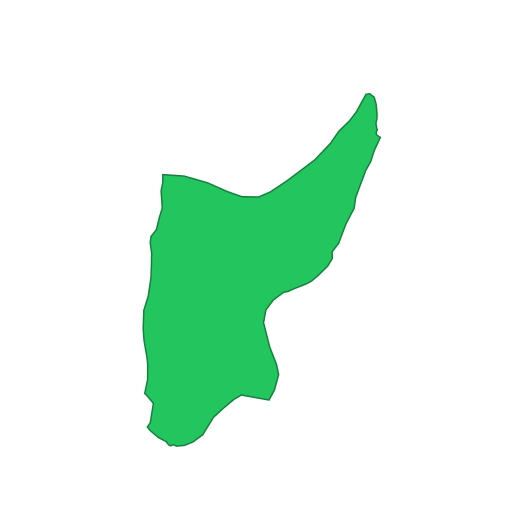 Wukari, Taraba, Nigeria (Robinson projection), rotated 142°
{"feature_id": "59680162B18982121994254", "entity_name": "Wukari", "entity_type": "district", "adm_level": 2, "iso_a3": "NGA", "parent_name": "Nigeria", "parent_adm1": "Taraba", "projection": "robinson", "projection_center": [9.844, 7.955], "detail": "fine", "context": "isolated", "style": "filled", "palette": "green", "viewbox_px": 512, "rotation_deg": 142, "n_neighbors": 0, "source": "geoboundaries", "source_scale": "gbopen_adm2", "svg_char_len": 2511}
<svg xmlns="http://www.w3.org/2000/svg" viewBox="0 0 512 512"><g transform="rotate(142 256 256)"><path d="M428.3,216.2L427.9,214.3L427.6,203.0L442.1,189.6L446.9,188.2L446.9,186.0L446.9,185.0L446.8,183.7L446.6,182.6L446.2,180.5L444.9,174.3L444.8,174.0L444.6,172.8L443.2,169.8L442.5,168.3L442.3,167.9L441.1,165.2L441.1,161.9L440.8,159.9L440.0,158.9L437.5,158.4L436.8,157.2L435.7,155.1L434.3,154.3L432.4,153.0L431.8,152.6L429.0,150.8L425.4,149.8L421.6,148.7L420.4,148.4L420.1,148.3L417.2,148.2L410.8,148.0L408.1,147.9L405.3,148.9L405.0,149.1L388.7,155.1L374.7,156.2L368.0,156.4L366.1,156.5L363.9,156.5L361.7,156.6L360.7,156.5L359.3,156.3L353.1,155.5L351.9,154.1L350.3,152.3L349.0,150.8L346.7,148.3L342.1,143.1L340.5,141.3L338.0,138.5L337.7,138.2L337.5,137.9L334.4,134.5L333.5,134.9L325.9,138.2L323.6,139.3L317.6,143.8L315.8,145.1L313.3,147.1L311.2,148.6L306.7,157.7L301.3,175.7L296.1,187.5L291.1,198.8L286.3,203.1L283.0,206.0L282.3,206.6L281.3,207.5L278.2,208.3L275.6,209.0L269.2,210.7L266.4,210.6L256.5,210.4L252.5,208.3L246.0,206.8L238.5,204.5L232.7,202.9L227.6,202.1L219.1,202.4L205.7,203.9L197.4,207.1L193.3,212.5L183.1,215.1L176.8,219.0L165.3,225.9L153.9,231.1L149.4,233.1L141.5,240.7L134.1,245.3L132.0,246.6L129.0,248.5L127.5,249.3L124.6,251.1L117.0,255.8L107.5,259.8L97.9,266.3L94.6,268.0L87.4,271.7L86.9,271.9L85.0,272.9L85.6,274.4L86.3,277.3L85.8,278.7L84.7,279.8L83.6,280.3L82.8,280.5L82.3,282.1L79.8,286.8L79.6,286.9L75.8,290.1L72.7,294.1L67.8,301.8L65.1,308.4L66.5,313.8L69.6,315.7L77.9,312.2L83.5,309.8L88.5,307.7L99.4,304.9L113.0,303.4L114.3,303.2L127.6,299.0L147.5,296.0L150.2,295.5L154.8,295.6L182.3,296.1L185.6,296.2L205.0,297.6L206.9,298.1L209.6,298.8L217.7,300.9L230.7,311.5L239.0,324.6L245.6,336.9L249.1,343.4L252.1,347.6L258.1,355.9L260.2,358.7L263.4,363.2L279.3,377.5L283.9,371.7L284.7,370.9L290.5,365.9L292.0,363.8L294.1,360.7L295.5,358.6L297.1,356.2L298.8,353.8L300.4,351.5L305.3,348.0L307.9,346.3L318.2,338.1L319.8,337.7L322.6,337.0L324.8,336.5L326.7,336.0L327.3,335.4L331.2,331.6L331.5,331.0L334.9,325.2L336.6,322.2L339.7,318.6L341.1,316.8L343.1,314.3L345.2,311.8L347.3,309.3L351.5,304.2L365.5,290.8L370.6,287.3L371.7,286.5L377.9,282.2L379.9,279.8L383.6,275.4L385.2,273.5L387.0,271.3L389.7,268.1L391.0,266.1L392.7,263.7L395.2,259.9L396.0,258.7L396.9,257.1L399.6,252.1L401.2,249.1L402.8,246.0L404.6,242.7L405.3,241.7L407.3,238.4L408.8,236.4L409.8,235.1L412.0,232.3L414.9,228.6L416.7,226.4L417.6,225.2L419.2,223.9L428.3,216.2Z" fill="#22c55e" stroke="#15803d" stroke-width="1.5"/></g></svg>